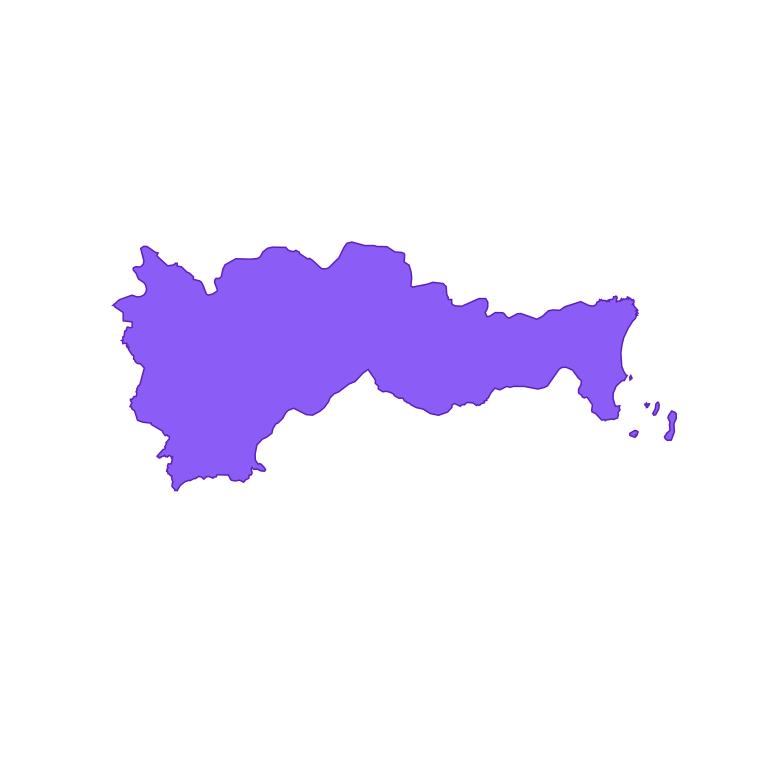 the district of Bengkayang, Kalimantan Barat, Indonesia, rotated 209°
{"feature_id": "22746128B96004883426087", "entity_name": "Bengkayang", "entity_type": "district", "adm_level": 2, "iso_a3": "IDN", "parent_name": "Indonesia", "parent_adm1": "Kalimantan Barat", "projection": "albers", "projection_center": [109.504, 1.033], "detail": "fine", "context": "isolated", "style": "filled", "palette": "violet", "viewbox_px": 768, "rotation_deg": 209, "n_neighbors": 0, "source": "geoboundaries", "source_scale": "gbopen_adm2", "svg_char_len": 6176}
<svg xmlns="http://www.w3.org/2000/svg" viewBox="0 0 768 768"><g transform="rotate(209 384 384)"><path d="M659.2,321.3L658.1,321.8L656.6,320.9L646.8,320.1L642.7,312.8L634.4,316.2L631.8,311.5L633.4,310.0L635.7,309.7L636.3,308.8L635.4,305.9L636.3,305.0L636.2,304.0L634.5,300.0L635.2,298.4L633.6,295.9L634.6,294.9L633.5,294.9L632.0,292.7L629.0,294.9L627.0,294.0L628.2,293.0L626.3,291.4L625.1,292.4L624.5,290.6L618.8,287.5L616.5,287.3L615.1,284.4L613.6,284.2L612.5,283.0L609.5,282.4L606.9,283.6L601.4,281.8L597.2,265.1L598.0,263.1L597.8,259.7L597.1,259.3L597.1,257.0L595.7,256.2L594.7,253.1L596.6,251.8L596.9,248.4L598.4,247.8L597.9,246.7L595.5,245.4L595.2,241.1L593.8,241.4L592.2,239.9L589.2,239.7L582.0,232.8L576.2,233.7L568.5,237.0L568.3,236.0L567.0,235.7L554.8,235.5L554.0,234.4L550.3,232.7L549.1,234.3L548.0,233.7L546.7,234.2L545.2,232.1L546.2,226.9L545.3,226.1L545.3,222.6L544.4,222.4L544.1,220.9L545.5,219.6L547.5,210.8L546.7,210.4L545.3,211.0L544.8,210.3L543.5,211.4L543.6,212.4L542.0,213.8L541.7,215.0L540.0,214.5L539.9,215.1L538.0,215.1L537.5,217.0L536.7,217.5L534.7,217.1L533.7,217.6L533.9,216.1L532.8,215.9L531.4,210.9L534.0,209.6L533.4,206.7L532.1,206.1L532.5,204.4L531.8,202.3L530.8,202.4L529.4,200.8L528.2,201.1L526.1,200.2L524.9,200.8L523.8,198.3L520.8,195.6L521.1,194.6L519.6,191.5L516.0,190.4L515.3,189.4L513.4,190.6L513.2,189.7L513.1,196.3L510.8,202.0L508.1,205.0L506.8,205.4L504.4,209.1L503.1,209.7L501.4,213.1L498.6,214.2L495.5,213.4L494.3,216.8L492.2,218.3L487.9,218.7L487.5,220.2L485.7,221.5L486.0,223.4L485.4,224.0L475.9,228.9L471.9,226.1L470.5,225.9L467.1,227.1L463.7,229.9L459.1,230.1L458.7,232.9L456.6,236.0L457.8,239.2L456.3,239.8L455.9,240.9L456.4,242.4L458.9,245.2L459.0,247.0L456.9,246.2L453.0,248.2L449.9,248.2L446.2,249.8L446.1,251.8L448.3,252.9L452.3,254.3L454.3,254.0L455.3,252.9L459.6,255.1L462.6,259.9L465.6,268.9L463.7,276.7L460.8,280.7L458.2,286.6L459.5,290.9L459.3,296.5L457.8,298.5L455.9,304.9L456.0,310.6L455.4,313.2L454.7,314.9L451.2,319.0L436.9,319.6L431.3,322.2L427.1,328.7L424.9,334.1L423.9,341.8L424.5,345.6L422.9,351.3L419.8,355.2L414.8,366.7L410.4,372.3L407.7,383.3L405.0,389.0L394.8,384.0L393.2,383.0L392.0,380.4L387.9,379.4L386.6,376.9L381.3,376.6L378.3,378.8L374.1,379.8L370.9,379.8L369.3,378.8L364.3,378.8L360.4,380.7L357.8,379.1L356.4,379.5L355.4,378.8L352.3,379.5L350.4,378.9L344.5,379.0L337.6,381.0L329.2,380.6L321.1,383.1L314.7,390.4L313.3,396.3L314.3,398.8L312.9,401.1L306.5,401.5L305.7,403.9L303.5,404.8L302.9,407.5L301.5,408.6L296.7,410.6L292.7,410.0L292.3,411.2L290.8,411.3L289.8,412.2L289.4,413.9L287.0,416.4L288.1,417.7L286.1,419.5L287.0,420.7L286.1,422.1L286.2,428.2L285.0,434.1L279.9,435.0L275.4,441.5L272.3,442.1L269.3,444.9L260.1,449.9L246.9,454.2L242.1,458.7L240.1,461.7L238.0,482.0L236.4,484.7L232.9,486.9L225.8,487.6L216.8,483.4L213.0,482.7L211.4,478.9L211.3,473.8L209.5,470.5L205.5,469.9L204.5,468.9L202.1,468.9L200.4,470.8L199.4,470.7L191.6,466.8L189.5,461.4L188.4,460.4L184.8,460.8L176.0,458.0L173.9,459.7L172.7,459.1L172.4,460.1L167.6,463.9L166.1,464.2L163.3,467.4L164.0,470.8L165.4,472.1L165.1,475.9L166.7,477.1L167.2,479.2L170.7,476.8L171.3,477.1L176.8,482.6L179.1,487.3L179.9,494.9L177.7,501.5L176.7,503.0L175.5,503.5L175.4,509.3L176.4,509.1L180.4,511.2L184.7,514.8L191.9,526.0L194.8,533.4L196.8,540.8L197.5,551.1L197.0,559.3L195.9,563.4L196.5,566.5L195.7,567.2L196.5,567.6L196.8,566.7L197.6,566.8L197.2,568.8L198.3,569.5L196.9,569.5L198.7,570.6L197.9,571.5L203.6,573.6L204.1,574.5L205.2,574.1L204.8,576.1L205.6,577.9L207.0,578.6L208.4,577.2L209.6,578.3L210.9,578.1L211.4,576.9L211.8,578.3L213.3,578.1L212.8,576.9L214.3,574.9L215.9,574.5L216.3,573.1L217.6,573.8L217.9,571.9L217.3,571.2L220.0,569.7L220.5,568.6L221.9,571.0L221.7,572.2L222.8,573.3L223.8,573.3L223.9,572.4L225.5,571.6L224.9,570.0L225.3,568.7L227.7,567.1L227.2,565.6L228.6,566.0L228.5,564.6L229.4,564.0L230.0,564.5L232.5,563.6L233.3,562.7L234.8,563.2L235.0,562.3L236.4,562.4L236.0,560.6L237.4,558.8L237.1,555.8L239.4,553.2L243.1,552.0L251.9,551.4L263.4,539.1L265.9,533.7L272.1,530.7L275.7,527.8L278.2,520.0L281.7,514.8L298.5,512.0L301.4,510.1L306.5,502.2L309.4,502.2L313.3,503.9L314.9,503.8L321.3,500.4L324.4,494.5L326.7,492.9L330.3,495.8L330.0,498.4L330.7,501.9L332.9,505.9L336.5,508.0L342.3,504.8L353.7,489.7L359.4,486.9L362.3,486.6L363.8,487.3L365.7,490.7L368.2,489.4L369.3,489.6L369.7,490.8L372.5,492.7L376.8,499.3L381.1,500.5L390.6,496.6L394.4,492.4L405.9,482.7L408.0,482.7L411.2,490.2L414.9,495.4L419.7,500.1L425.6,500.5L428.4,506.8L429.6,507.9L432.7,507.5L438.3,504.8L448.1,505.5L456.7,500.9L460.0,500.2L468.1,495.7L480.9,492.6L484.7,489.0L485.2,483.9L484.6,472.6L488.6,459.1L490.6,456.5L494.5,454.6L506.4,457.5L510.0,457.8L511.4,456.4L521.2,457.1L521.9,458.2L525.9,458.2L527.1,456.1L529.8,455.0L533.1,454.7L536.1,455.9L547.8,449.7L551.7,446.2L553.9,440.9L553.9,435.2L555.5,432.4L561.2,428.5L574.3,421.7L580.8,411.2L580.6,406.3L578.3,398.9L579.4,396.3L582.1,395.0L582.4,392.8L581.3,390.6L575.4,385.6L575.1,384.0L577.5,379.7L580.8,376.5L582.9,376.5L589.7,382.3L593.3,384.6L595.5,384.8L601.4,383.1L602.7,385.4L607.9,386.6L610.8,386.4L618.0,388.3L622.0,386.9L623.4,389.3L624.7,388.8L626.0,385.9L630.5,382.5L644.3,385.8L645.0,386.4L645.1,389.1L647.6,388.3L657.9,389.4L660.9,387.9L662.5,384.6L653.8,375.4L652.6,372.1L653.7,368.2L657.9,366.3L659.4,364.1L659.3,363.1L658.1,361.9L654.6,360.7L649.7,356.8L643.5,356.3L640.7,355.2L637.6,351.8L636.8,348.6L637.1,345.8L638.9,342.8L642.0,340.5L647.5,339.5L656.4,329.2L659.2,321.3ZM109.0,472.1L105.5,474.2L106.9,483.1L111.2,489.8L111.6,495.4L114.0,499.6L115.7,500.3L119.3,499.9L119.8,494.6L119.3,492.1L115.1,489.0L114.8,487.1L111.4,482.2L112.8,478.2L113.1,473.7L111.5,472.5L109.0,472.1ZM135.8,500.9L136.5,498.4L134.7,493.7L134.6,488.5L132.8,487.5L131.5,488.8L131.6,495.2L133.1,499.1L135.1,501.0L135.8,500.9ZM144.0,458.2L138.7,459.0L138.1,461.0L139.0,461.4L138.0,461.9L138.5,465.3L140.7,465.5L142.2,464.9L145.1,460.0L144.0,458.2ZM143.6,491.5L143.0,490.6L142.2,491.4L142.9,492.4L141.9,493.3L142.3,495.4L144.2,494.0L145.1,494.4L144.8,493.4L145.9,493.2L145.7,492.2L143.6,491.5ZM170.7,506.8L169.8,509.3L172.3,511.1L172.4,509.0L170.7,506.8Z" fill="#8b5cf6" stroke="#5b21b6" stroke-width="1.5"/></g></svg>